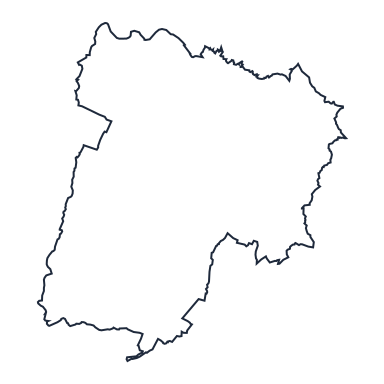 Amatitán, Jalisco, Mexico
{"feature_id": "50627088B14856852442900", "entity_name": "Amatitán", "entity_type": "district", "adm_level": 2, "iso_a3": "MEX", "parent_name": "Mexico", "parent_adm1": "Jalisco", "projection": "mercator", "projection_center": [-103.707, 20.845], "detail": "fine", "context": "isolated", "style": "outline", "palette": "slate", "viewbox_px": 384, "rotation_deg": 0, "n_neighbors": 0, "source": "geoboundaries", "source_scale": "gbopen_adm2", "svg_char_len": 5817}
<svg xmlns="http://www.w3.org/2000/svg" viewBox="0 0 384 384"><path d="M45.3,313.4L45.8,313.2L44.3,319.3L45.4,320.6L48.3,321.0L47.0,321.6L46.9,323.8L48.5,325.6L49.4,325.8L57.5,322.2L60.8,320.1L61.3,318.9L63.3,318.1L65.0,318.9L67.2,323.1L68.1,323.3L68.6,324.8L70.2,326.1L75.5,324.5L76.3,323.7L79.3,323.9L81.2,322.9L81.6,322.1L83.7,322.2L85.4,322.9L86.9,324.3L90.4,324.6L93.6,325.5L95.3,327.3L99.2,329.9L101.5,330.3L107.7,329.3L109.7,329.6L112.9,328.4L113.5,327.6L116.9,329.4L119.0,329.5L119.6,328.5L126.5,328.2L127.9,329.4L133.7,332.0L139.6,332.8L142.6,334.0L141.0,338.7L137.8,345.4L138.6,345.8L139.8,350.3L142.8,351.3L142.3,352.5L138.4,354.5L136.4,356.3L127.1,357.3L126.6,359.2L127.5,361.0L131.5,358.8L132.4,359.0L136.8,358.0L139.8,356.6L146.0,352.3L146.9,352.8L149.6,350.7L152.5,349.4L158.0,338.9L160.7,340.4L163.1,342.5L163.2,343.2L164.6,343.8L166.3,343.3L167.3,341.8L168.0,342.1L168.2,341.4L169.8,341.0L172.1,341.9L176.9,336.0L179.4,336.5L181.5,336.1L181.7,331.7L183.6,332.8L186.8,332.9L187.2,330.5L191.9,324.4L190.5,323.8L189.9,322.7L187.7,321.1L182.3,318.4L198.6,299.1L204.5,300.7L205.7,293.5L206.5,293.7L207.2,292.3L207.1,291.1L206.0,289.0L207.6,287.3L207.1,284.7L208.4,283.4L209.0,281.6L209.5,271.8L210.4,265.8L212.2,264.4L212.8,259.9L211.2,258.3L211.7,252.8L213.1,252.3L216.1,246.0L216.9,245.8L217.7,244.2L218.9,244.1L219.0,243.1L220.8,241.0L223.0,239.9L225.0,238.0L227.6,233.2L233.2,238.1L237.6,240.2L236.9,242.8L244.7,244.6L246.3,246.3L248.0,245.2L249.0,243.1L252.0,244.2L253.8,240.8L257.2,241.9L257.8,245.7L255.8,251.4L255.5,254.7L256.0,258.4L256.9,259.8L256.7,263.6L261.3,259.4L265.9,256.4L266.7,258.4L269.8,262.5L274.9,260.9L276.3,261.0L277.1,260.2L279.1,259.8L278.0,263.9L279.5,263.7L283.3,259.8L288.3,257.3L286.8,254.4L286.6,250.8L287.6,249.7L289.9,248.8L290.1,246.8L291.3,245.7L292.9,244.6L294.5,244.5L294.9,243.4L295.5,243.0L299.0,245.1L300.5,244.2L302.1,244.3L308.3,246.6L313.1,247.4L313.8,242.1L310.4,237.0L310.4,235.2L307.7,233.7L306.7,231.0L305.9,228.1L306.7,225.5L304.4,223.4L305.2,222.3L305.1,220.4L305.5,220.0L305.0,218.3L305.8,216.5L303.4,214.0L303.6,208.4L301.9,208.5L301.9,208.2L304.5,205.4L309.7,204.8L309.6,203.3L311.7,200.3L312.4,196.6L311.8,194.2L315.3,189.9L320.0,186.5L318.0,184.7L318.5,183.0L317.4,180.7L318.1,179.1L319.4,178.1L318.4,173.2L319.6,172.8L320.4,171.0L321.7,170.1L322.1,167.8L322.9,166.9L323.7,167.1L324.2,165.6L327.0,164.9L328.2,163.2L330.6,162.5L330.4,159.6L331.1,158.5L331.9,154.7L331.0,151.6L329.6,150.6L329.6,149.4L328.5,148.3L328.9,144.5L329.4,144.0L332.4,143.3L333.5,141.7L335.1,140.3L336.3,140.2L336.6,139.5L337.6,139.7L338.2,137.2L339.1,137.2L339.7,137.9L340.4,137.5L341.2,137.9L342.6,137.6L345.0,138.3L346.1,138.2L340.9,132.5L340.7,130.2L338.9,129.1L338.1,127.7L337.0,124.9L336.0,123.7L336.1,122.4L334.4,118.5L336.7,116.5L336.4,114.7L337.3,112.6L340.4,108.8L343.0,107.8L342.9,106.4L337.5,105.7L334.8,104.5L333.8,101.8L333.3,101.8L331.8,103.6L330.6,103.4L328.7,101.7L325.0,102.2L324.4,100.9L325.3,97.1L320.6,94.9L318.9,93.2L315.8,91.4L314.3,87.8L312.2,86.3L310.0,82.7L309.1,77.4L302.0,71.4L298.1,63.9L296.9,65.6L292.8,69.3L291.2,68.9L290.4,69.3L291.5,69.9L291.8,70.9L289.7,74.5L289.9,78.8L289.3,80.8L285.6,76.0L281.9,74.3L280.6,74.6L277.5,73.6L272.5,74.4L271.7,75.7L270.5,76.1L269.3,77.4L268.8,77.5L268.0,75.9L266.5,76.6L265.7,78.0L264.3,77.8L264.1,78.6L261.8,79.0L259.1,78.6L257.5,78.0L257.4,77.2L256.4,76.7L257.8,75.2L256.7,75.1L256.7,74.3L254.5,75.1L253.1,74.2L253.1,73.6L252.6,73.1L252.8,71.7L252.4,71.1L250.3,72.1L249.4,71.5L249.3,70.3L245.0,69.7L242.8,66.8L240.6,67.0L240.6,66.5L242.4,65.5L242.2,64.6L242.5,64.4L241.5,63.8L241.5,63.0L242.7,61.0L238.8,63.4L238.9,64.4L237.8,63.8L236.1,64.8L233.9,64.2L234.1,62.5L233.6,62.3L233.3,60.4L231.8,60.0L231.5,60.8L228.0,63.2L227.6,63.0L226.2,61.4L225.9,59.8L226.3,59.2L223.5,59.0L223.2,56.3L221.2,56.4L220.3,55.7L222.8,52.0L222.1,51.4L222.3,50.9L221.2,47.3L220.0,51.2L219.1,51.7L218.9,50.2L217.9,49.6L217.9,50.7L216.6,50.8L215.2,53.4L214.3,52.7L214.0,51.6L212.7,51.0L213.0,49.5L212.3,50.1L211.8,49.9L210.8,49.5L210.2,48.2L209.4,49.1L209.2,48.3L205.1,46.2L204.8,47.9L203.6,49.6L202.8,52.0L201.9,52.4L200.7,54.3L202.6,57.2L196.4,56.1L195.2,56.1L193.1,57.2L191.8,56.9L190.5,55.1L189.9,53.9L190.3,53.7L183.9,45.3L184.9,44.8L183.3,42.8L178.5,38.1L173.1,34.5L170.7,34.2L166.3,30.0L162.0,29.0L159.0,29.7L155.7,32.4L149.7,39.3L145.7,40.0L144.4,39.8L144.3,38.7L140.6,34.8L139.2,32.3L134.3,30.8L131.0,31.8L130.6,35.8L129.6,37.1L128.2,37.9L126.4,38.6L119.3,38.7L116.8,37.9L110.7,31.5L108.0,24.2L106.8,23.2L105.1,23.0L101.4,24.7L98.8,27.3L95.8,31.9L96.2,34.1L94.3,38.0L95.3,41.5L95.1,44.0L92.0,46.0L91.2,47.2L89.8,52.1L89.7,55.1L86.4,55.0L86.3,57.5L77.8,62.4L79.1,64.9L79.8,64.6L81.8,65.7L82.4,68.8L79.5,76.1L76.5,79.2L78.0,79.8L76.5,81.0L78.0,83.1L79.2,86.1L78.8,88.1L76.0,91.3L75.4,91.1L76.7,95.3L76.3,99.5L78.0,99.8L78.8,102.5L78.4,105.4L82.1,106.3L99.4,114.7L104.8,116.8L106.6,119.6L111.4,121.3L106.4,132.2L104.6,131.6L103.1,133.8L100.2,139.9L98.1,145.9L98.2,147.4L96.8,149.7L83.7,145.2L83.4,146.9L80.8,151.8L80.2,152.7L79.5,152.8L79.7,154.4L78.7,156.0L77.5,157.4L76.7,156.9L75.7,157.9L76.3,162.3L75.6,167.7L74.5,168.5L74.4,170.8L73.6,172.0L73.7,176.7L72.2,179.7L72.4,183.1L71.3,186.7L72.8,190.4L72.6,193.6L71.7,195.9L70.7,196.9L68.1,198.0L65.7,204.2L65.8,206.2L65.2,207.5L65.8,209.2L64.6,211.1L63.6,211.6L63.3,212.9L64.2,214.8L63.6,216.6L62.2,218.5L63.2,221.2L59.7,229.2L59.7,229.7L61.8,230.2L62.2,231.4L61.0,233.6L59.9,234.2L59.6,237.3L58.7,238.8L57.5,239.4L55.0,246.7L54.7,249.8L53.4,251.1L52.3,251.4L49.5,254.8L47.4,258.1L46.9,260.5L46.7,264.2L47.1,265.3L47.9,266.9L50.3,269.1L51.7,273.6L46.3,275.4L44.6,277.7L43.9,279.7L44.4,285.3L43.9,287.9L43.9,291.0L42.2,295.5L42.0,300.5L39.2,300.8L37.9,302.1L38.2,303.4L40.8,305.7L42.9,306.7L45.7,310.3L46.1,312.1L45.3,313.4Z" fill="none" stroke="#1e293b" stroke-width="2"/></svg>